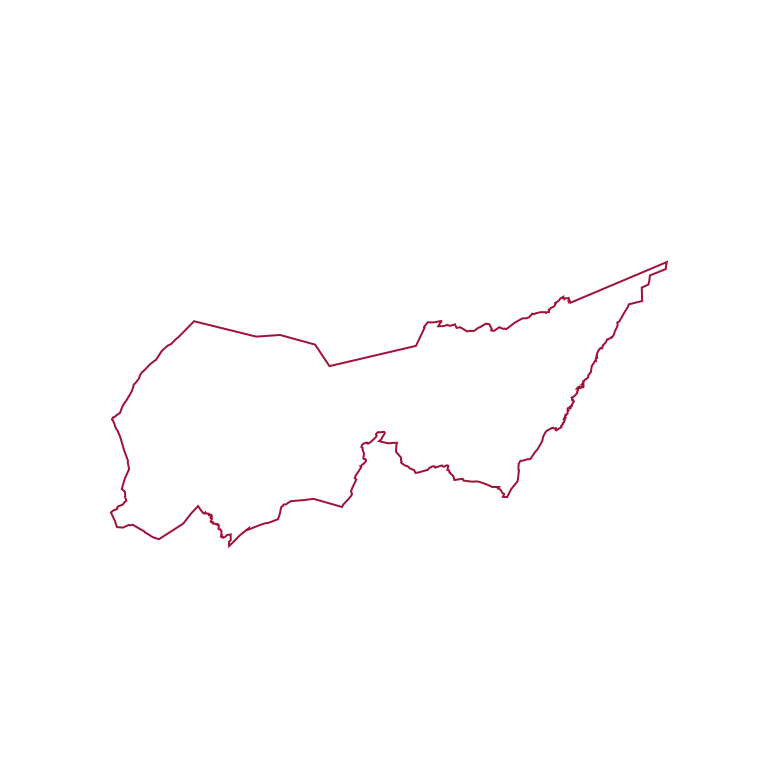 Eglaines pag., Ilukstes, Latvia (Equal Earth projection), rotated 143°
{"feature_id": "27541924B72731391973761", "entity_name": "Eglaines pag.", "entity_type": "district", "adm_level": 2, "iso_a3": "LVA", "parent_name": "Latvia", "parent_adm1": "Ilukstes", "projection": "equal_earth", "projection_center": [26.014, 55.971], "detail": "fine", "context": "isolated", "style": "outline", "palette": "rose", "viewbox_px": 768, "rotation_deg": 143, "n_neighbors": 0, "source": "geoboundaries", "source_scale": "gbopen_adm2", "svg_char_len": 6139}
<svg xmlns="http://www.w3.org/2000/svg" viewBox="0 0 768 768"><g transform="rotate(143 384 384)"><path d="M550.1,339.8L545.7,342.7L540.3,347.5L538.4,347.5L536.6,348.1L534.6,346.8L531.4,346.8L528.7,346.4L519.3,340.4L509.3,334.6L491.5,311.0L488.8,312.3L481.4,313.5L477.2,314.6L475.7,315.5L475.0,318.1L472.0,320.0L463.6,324.4L464.0,326.5L462.7,327.0L462.2,327.7L452.3,331.2L452.3,332.5L451.8,332.3L450.1,332.7L447.5,332.6L444.9,333.2L444.3,334.0L444.0,334.8L444.3,335.4L445.1,336.2L445.3,337.0L441.8,340.5L440.5,344.9L439.9,345.2L439.5,346.0L440.0,347.2L439.0,348.1L437.7,348.7L435.4,348.5L432.9,347.5L432.7,347.0L433.1,346.5L432.7,345.9L428.9,345.7L422.4,346.5L420.9,347.1L420.8,348.6L418.4,349.2L417.6,349.0L415.9,347.5L413.1,346.1L412.7,345.5L412.9,344.2L417.0,342.7L418.4,341.9L419.9,341.3L422.3,341.3L417.2,335.0L415.0,333.1L412.7,331.9L409.0,329.1L410.7,328.0L415.2,322.7L414.7,314.8L416.4,312.9L416.7,311.3L417.6,311.0L417.4,309.5L415.8,305.4L414.8,304.4L414.5,303.6L414.1,301.0L411.8,297.2L412.3,293.9L411.2,293.6L410.5,292.9L400.6,289.1L399.1,289.6L397.3,289.6L396.5,289.1L395.3,289.2L393.8,288.5L393.2,287.5L393.6,286.9L393.4,286.4L387.2,284.3L386.5,283.7L386.6,283.1L386.0,281.8L383.1,281.4L382.3,280.8L381.9,280.0L382.2,279.4L383.8,278.5L384.3,277.4L385.0,277.2L384.3,276.4L384.5,276.2L384.2,274.8L384.9,274.1L385.0,273.7L384.6,273.1L384.7,272.3L384.1,268.6L385.6,265.0L378.2,261.0L378.6,259.0L372.6,253.1L368.3,250.2L366.4,248.0L362.8,242.5L360.5,238.6L359.8,236.9L354.1,232.4L355.8,231.9L355.1,231.0L354.6,228.8L355.0,225.9L354.2,223.8L357.0,222.3L353.7,219.6L345.7,223.5L336.0,225.9L334.4,227.3L328.1,233.9L328.1,234.9L324.6,239.1L321.8,240.4L321.1,240.4L319.6,239.4L314.5,237.5L313.2,236.4L311.8,236.1L304.2,238.8L301.2,239.3L295.1,241.8L292.0,243.2L288.4,246.3L284.0,248.3L282.2,248.7L275.8,247.7L275.2,247.2L275.0,246.2L273.3,245.2L274.6,243.9L274.4,243.3L268.2,242.8L268.0,243.8L265.2,244.3L264.8,245.2L263.1,245.1L262.3,246.2L261.3,246.4L261.0,246.8L261.6,247.7L260.4,248.3L260.0,248.2L259.8,247.7L259.2,247.8L259.5,248.7L258.9,248.9L258.6,249.5L257.4,249.5L257.4,250.1L255.2,250.0L254.7,250.4L254.1,251.4L253.4,251.8L252.6,251.8L252.9,253.0L252.0,254.0L251.4,254.0L250.2,252.9L250.0,252.3L249.6,252.3L249.1,252.9L249.3,253.0L249.4,253.8L247.8,254.0L247.6,253.5L247.2,253.5L246.7,253.8L246.8,254.2L242.8,255.9L243.0,256.6L242.8,257.1L243.2,257.3L243.5,258.3L241.8,259.4L242.1,260.1L238.9,259.8L235.5,260.4L235.3,260.9L234.4,261.2L234.1,261.8L232.9,262.2L233.0,262.7L231.3,263.4L231.3,263.8L232.3,264.3L230.9,264.6L229.3,264.3L230.1,263.1L229.7,262.6L227.7,262.7L227.5,261.8L226.8,261.6L226.5,262.1L225.6,262.4L225.4,262.9L226.8,263.2L226.0,263.7L225.4,263.5L225.0,263.9L225.9,264.7L223.7,265.1L223.4,265.4L223.6,265.8L223.4,266.3L221.5,266.2L220.6,266.5L218.2,266.2L216.7,266.6L215.8,267.8L215.0,268.3L213.7,268.3L212.8,268.9L211.7,268.9L207.8,272.8L206.1,273.8L203.3,274.6L202.6,275.2L201.5,275.4L200.9,274.8L200.4,275.9L199.4,276.9L198.2,276.5L198.0,277.0L198.1,277.8L197.2,278.1L197.3,278.6L196.6,279.3L196.1,279.3L195.1,280.3L192.5,281.7L190.2,282.4L189.4,282.4L189.2,281.7L188.2,281.2L186.8,282.5L186.0,282.7L185.8,283.2L181.9,283.7L178.9,285.4L178.1,284.7L176.8,284.8L175.4,284.1L174.7,284.2L174.2,284.6L173.6,284.0L170.8,285.1L169.4,285.9L168.0,287.2L163.8,289.1L162.0,290.4L160.6,292.7L158.5,292.3L149.1,296.4L143.5,298.5L140.5,300.3L127.9,294.9L120.1,305.9L113.2,304.3L111.0,305.8L106.2,310.7L89.8,306.2L87.3,309.0L84.7,311.2L185.8,336.6L185.7,336.8L187.0,337.6L185.8,338.4L186.7,339.4L185.2,340.2L185.4,341.0L184.8,341.6L186.0,342.1L187.5,343.3L188.9,343.2L188.5,344.3L189.3,344.9L188.5,345.8L191.9,346.1L194.1,345.4L197.5,345.5L198.0,345.2L198.0,345.6L198.6,345.7L199.9,344.2L201.7,343.6L205.2,344.4L206.2,343.9L207.2,344.2L207.8,344.0L208.7,342.2L209.0,342.1L209.4,342.7L210.2,343.1L211.8,343.2L211.9,344.2L215.8,347.2L220.5,349.2L222.0,349.4L223.3,351.0L224.0,351.0L225.1,350.2L226.4,350.4L227.7,349.9L230.9,350.9L233.9,353.1L242.7,354.3L253.3,354.2L254.0,354.9L254.4,355.8L255.7,356.3L257.8,360.0L264.2,360.2L266.1,362.1L266.1,362.5L264.9,363.0L263.9,368.3L266.4,370.9L272.5,371.5L275.3,372.2L279.6,372.2L281.1,372.7L283.5,374.8L286.0,376.0L288.9,383.4L292.3,385.2L291.4,388.9L296.4,390.8L297.8,393.1L301.3,394.2L305.9,397.5L302.9,398.8L300.8,399.2L300.4,399.6L300.7,400.1L306.7,403.0L309.7,405.1L311.9,407.0L317.8,405.4L318.0,405.1L317.8,404.5L335.5,395.2L416.8,431.1L415.3,456.9L437.5,485.7L457.6,498.8L497.9,548.4L519.5,545.2L523.2,545.1L530.3,544.0L532.4,544.6L534.1,544.8L539.2,544.4L541.9,544.0L551.6,540.5L554.3,540.7L559.4,540.5L566.4,539.3L570.7,538.9L573.8,537.7L576.4,535.8L581.6,534.4L584.3,534.1L585.9,532.6L590.2,529.8L599.8,525.8L603.0,524.9L606.6,523.4L612.4,519.7L615.9,520.1L618.9,519.8L620.6,520.4L621.7,519.6L622.1,519.8L622.6,519.2L622.5,517.9L623.1,515.0L624.7,510.5L624.9,507.1L626.6,500.2L631.3,487.9L634.7,476.7L635.9,475.5L638.8,469.4L648.1,464.3L656.7,457.9L655.7,454.0L658.1,450.2L658.7,449.8L660.2,445.7L662.1,445.9L665.3,444.9L670.0,446.3L671.3,445.9L672.1,444.8L674.9,445.4L675.6,445.9L679.4,445.8L681.3,436.5L683.0,431.7L683.3,430.3L678.7,426.3L672.8,425.1L672.2,424.2L669.3,422.6L664.1,410.3L664.3,409.5L662.0,404.2L661.5,402.3L660.1,399.6L657.1,395.5L628.4,393.3L616.3,396.6L606.0,398.4L606.2,392.8L606.0,389.4L605.6,388.8L604.0,389.0L604.3,388.0L604.1,387.5L603.3,387.1L602.0,385.7L602.7,384.7L601.6,384.4L600.7,383.6L600.7,383.2L601.6,383.4L601.8,383.2L601.7,382.8L601.1,382.6L601.1,382.2L602.8,381.9L602.8,381.6L602.3,381.1L602.7,380.9L602.2,380.5L602.3,380.2L605.3,378.2L605.2,377.6L603.8,376.7L604.6,375.7L604.5,375.2L603.8,374.9L602.9,373.9L602.7,373.1L601.1,372.5L601.1,372.1L601.7,371.6L601.0,370.9L601.2,370.6L601.3,369.7L603.0,368.6L603.3,368.1L603.3,367.4L602.4,366.6L602.5,365.8L602.2,365.3L602.2,364.5L604.5,361.7L604.3,361.0L605.9,360.7L606.1,360.3L605.8,359.3L605.0,358.9L605.3,358.5L605.1,358.1L604.5,358.2L603.1,357.5L600.4,357.8L599.3,357.5L598.1,356.5L597.0,356.1L600.4,351.5L602.9,351.1L605.2,347.8L594.9,349.1L589.6,350.0L579.0,350.2L580.1,349.4L568.2,346.1L563.3,344.5L559.9,342.7L550.1,339.8Z" fill="none" stroke="#9f1239" stroke-width="2"/></g></svg>